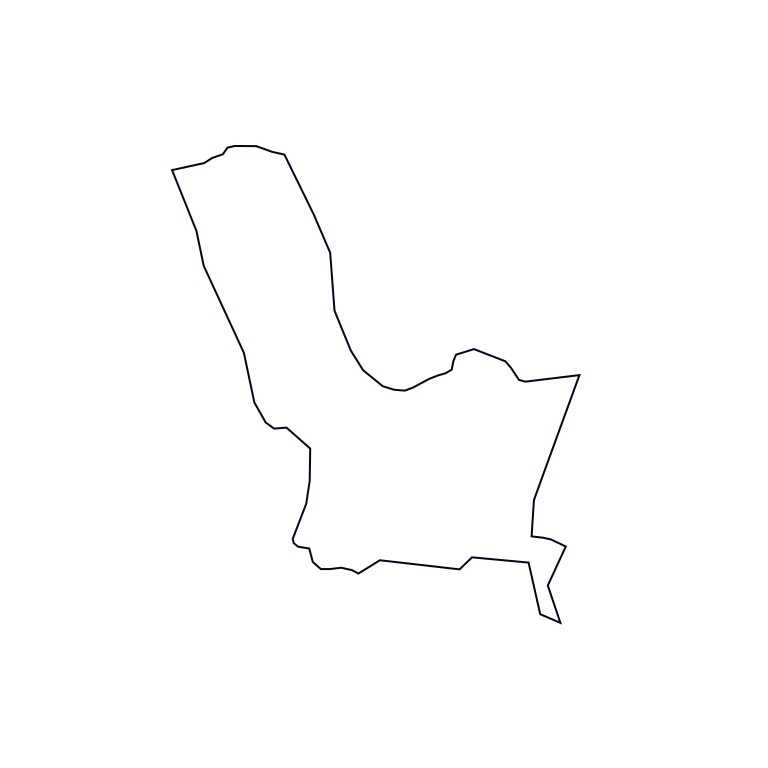 the border of Ljutomer, rotated 55°
{"feature_id": "SVN-265", "entity_name": "Ljutomer", "entity_type": "Municipality", "adm_level": 1, "iso_a3": "SVN", "parent_name": "Slovenia", "parent_adm1": "", "projection": "albers", "projection_center": [16.177, 46.529], "detail": "fine", "context": "isolated", "style": "outline", "palette": "ink", "viewbox_px": 768, "rotation_deg": 55, "n_neighbors": 0, "source": "natural_earth", "source_scale": "10m", "svg_char_len": 955}
<svg xmlns="http://www.w3.org/2000/svg" viewBox="0 0 768 768"><g transform="rotate(55 384 384)"><path d="M680.8,376.5L662.2,388.1L613.2,368.0L576.5,411.3L578.9,426.6L579.2,428.4L526.0,488.5L524.6,513.7L523.5,514.2L518.1,517.0L509.9,524.5L504.5,534.6L499.4,541.9L488.9,544.4L475.9,539.6L468.0,547.7L462.6,549.2L458.5,547.6L437.5,516.4L420.6,500.3L394.6,481.5L363.8,488.9L357.5,499.6L347.7,503.0L324.8,500.8L278.1,480.9L183.8,463.9L150.9,449.8L87.2,434.9L99.9,404.5L100.3,394.9L103.4,384.2L100.6,376.7L103.5,369.6L115.9,352.2L129.5,342.6L139.0,334.0L204.7,344.3L245.6,352.8L295.6,382.5L337.6,392.0L360.7,393.2L385.1,386.3L394.6,378.9L401.3,370.9L403.5,362.6L405.7,344.2L407.9,335.0L410.5,327.5L411.1,320.3L405.1,314.1L401.3,308.2L407.0,290.3L435.0,271.6L443.8,270.7L458.1,271.1L463.2,266.8L488.8,218.8L551.7,308.7L565.1,327.8L593.5,350.5L601.3,341.7L607.1,336.4L621.4,328.3L643.0,365.4L680.8,376.5Z" fill="none" stroke="#020617" stroke-width="2"/></g></svg>